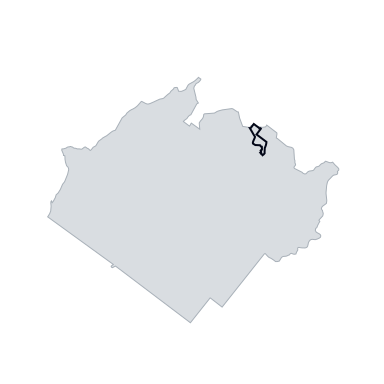 Al Dibab, South Kordufan, Sudan shown in context, rotated 217°
{"feature_id": "16777658B84287593257313", "entity_name": "Al Dibab", "entity_type": "district", "adm_level": 2, "iso_a3": "SDN", "parent_name": "Sudan", "parent_adm1": "South Kordufan", "projection": "orthographic", "projection_center": [28.672, 10.319], "detail": "fine", "context": "in_parent", "style": "outline", "palette": "ink", "viewbox_px": 384, "rotation_deg": 217, "n_neighbors": 0, "source": "geoboundaries", "source_scale": "gbopen_adm2", "svg_char_len": 4596}
<svg xmlns="http://www.w3.org/2000/svg" viewBox="0 0 384 384"><g transform="rotate(217 192 192)"><path d="M255.9,287.4L252.9,287.5L252.6,286.8L252.6,284.8L252.9,283.3L254.0,281.0L253.7,279.7L253.8,277.9L253.0,275.9L245.8,270.0L244.4,268.4L240.5,266.9L241.2,265.2L239.4,253.0L240.2,251.6L240.4,249.5L240.3,247.6L241.2,244.5L241.3,243.1L233.7,243.1L233.7,244.5L234.0,246.0L234.0,246.6L223.6,246.8L227.8,251.5L228.0,253.6L227.8,256.2L227.9,257.9L228.2,259.0L229.3,261.1L229.2,261.5L229.0,262.0L221.6,268.5L220.4,271.5L219.4,273.0L217.3,275.7L210.5,282.5L209.4,283.0L204.2,283.3L203.6,283.5L203.2,283.8L203.0,283.7L198.5,279.7L191.0,274.9L186.1,277.5L184.7,278.4L184.7,280.7L183.9,281.9L182.6,283.2L178.9,284.0L177.0,284.7L174.7,286.0L172.5,288.2L172.4,289.3L172.6,290.4L159.9,290.3L159.1,289.5L157.2,285.9L155.9,286.1L144.4,285.6L142.7,286.0L139.4,287.5L137.8,287.7L136.1,287.0L130.0,279.9L128.7,279.0L127.4,277.3L126.1,276.5L125.6,276.0L125.5,275.2L125.6,273.7L125.1,272.7L124.2,272.5L116.0,274.0L114.9,273.8L113.2,274.1L112.6,274.4L111.9,275.3L111.7,277.3L111.5,278.2L110.9,279.3L108.5,281.7L108.0,282.7L108.1,285.4L107.9,286.7L107.5,287.3L106.5,288.4L106.2,288.9L105.7,292.3L104.4,294.4L104.1,295.1L104.0,296.6L103.8,297.0L100.1,298.1L98.7,298.9L97.9,300.0L97.6,300.5L96.1,300.1L94.1,299.7L90.2,299.3L88.7,298.8L88.0,297.9L88.2,295.9L87.8,295.4L87.2,295.1L86.8,294.2L86.9,293.1L89.0,290.7L89.4,289.5L90.1,283.5L89.9,281.7L88.4,278.3L84.8,272.5L83.9,271.3L79.4,266.5L78.9,265.8L77.8,263.8L79.1,259.4L79.2,258.2L78.9,256.9L77.8,256.0L76.7,255.8L75.4,254.6L74.5,254.1L73.8,253.0L73.2,251.6L73.7,246.4L73.5,245.7L72.3,245.5L72.1,245.1L72.1,244.1L71.6,241.2L70.9,238.7L71.3,237.4L70.4,235.5L68.6,234.7L64.9,235.2L63.8,235.1L63.0,234.7L62.5,234.0L62.2,233.2L62.5,232.0L63.6,229.9L64.9,228.1L67.6,226.5L68.3,225.6L68.7,224.7L68.8,223.6L68.7,222.4L68.4,221.3L67.7,219.9L67.0,218.2L67.0,217.0L67.4,216.2L68.1,215.3L70.8,213.4L73.5,211.9L73.9,211.3L73.8,210.7L72.6,209.3L72.3,206.8L71.7,205.0L73.0,203.7L74.0,203.3L75.6,202.9L76.2,202.3L76.4,201.3L76.4,200.3L77.0,199.5L77.8,197.9L78.4,197.2L80.5,195.3L81.0,194.1L81.1,193.0L80.7,189.4L81.9,187.9L83.4,186.7L85.5,186.8L88.9,186.6L91.1,186.1L92.7,186.2L96.4,186.9L96.8,186.6L97.0,185.7L98.7,118.2L113.6,118.4L113.8,118.3L114.6,86.6L207.8,86.8L208.6,86.7L210.0,83.7L210.6,83.5L211.6,83.7L211.9,84.3L211.2,86.8L292.3,85.3L292.6,88.9L293.4,91.8L296.0,95.9L298.0,98.1L298.8,99.3L298.9,99.8L298.8,100.4L298.2,99.8L297.2,99.4L297.2,101.3L297.8,105.3L298.8,108.0L298.3,110.6L298.7,115.0L300.0,120.2L299.9,123.5L302.0,131.3L303.9,135.6L304.9,136.6L305.9,137.2L307.9,137.5L310.9,139.6L313.3,141.9L314.2,143.1L315.4,144.4L316.2,144.1L316.6,143.8L317.4,144.8L321.2,147.0L321.8,148.1L320.5,149.2L319.1,151.1L318.5,152.8L318.1,153.4L316.9,154.5L316.7,155.0L316.2,155.4L315.7,155.4L314.4,156.0L313.3,155.9L312.2,156.2L311.8,156.6L310.9,157.0L309.7,157.3L307.8,158.7L306.2,159.5L305.7,160.1L304.9,163.0L304.3,163.8L301.8,163.9L300.6,164.2L299.0,163.9L298.2,164.0L298.0,164.6L297.8,167.1L297.9,168.1L296.6,171.0L297.2,176.3L296.0,180.2L295.9,181.2L294.6,184.3L294.0,185.5L292.5,191.4L291.8,193.2L290.4,195.2L292.4,209.2L291.3,213.6L291.5,215.9L290.7,219.4L290.0,221.1L289.0,223.0L288.1,225.2L287.4,228.1L287.0,233.6L286.7,234.1L282.2,234.8L280.8,235.3L279.9,235.9L278.8,237.3L276.6,241.2L275.4,243.5L273.6,246.8L271.5,249.1L271.0,250.2L270.7,252.3L270.0,255.5L269.3,257.9L269.5,259.7L268.8,263.0L269.0,264.5L268.2,265.4L267.2,266.3L266.5,266.5L263.3,264.4L261.1,265.9L259.8,268.0L258.7,270.2L259.4,274.6L259.4,275.6L259.1,276.7L257.1,281.1L256.5,283.1L255.9,286.6L255.9,287.4Z" fill="#d9dde1" stroke="#a8b0b8" stroke-width="1"/><path d="M160.4,271.0L160.6,272.0L160.9,273.0L161.2,273.9L161.8,275.3L162.7,276.8L164.9,276.8L167.4,276.8L168.7,276.8L174.3,276.8L175.1,276.8L175.1,277.0L175.1,284.0L175.1,284.6L175.1,284.8L175.2,284.6L175.4,284.4L175.7,284.2L175.8,284.0L175.8,283.9L176.0,283.8L176.2,283.7L176.3,283.6L176.5,283.5L176.6,283.4L176.7,283.5L176.8,283.5L178.7,283.5L183.6,283.5L183.6,279.4L183.6,279.2L183.6,278.2L184.2,277.8L180.3,276.2L176.8,274.7L175.6,274.3L174.9,274.0L174.5,273.0L173.7,269.6L173.2,268.2L172.5,267.4L171.8,267.4L169.7,267.6L169.3,267.9L168.1,268.7L165.8,270.3L165.5,270.3L165.0,270.0L164.5,269.8L163.9,270.0L163.5,270.2L161.8,268.2L161.7,267.7L161.9,267.2L162.1,266.8L162.1,266.7L161.6,266.8L161.2,265.4L161.2,264.6L160.8,264.7L160.7,264.6L160.3,264.4L160.3,264.5L160.2,264.8L160.1,264.7L159.5,264.4L158.8,264.2L158.1,263.9L157.8,263.8L157.4,265.2L157.3,266.6L158.3,267.9L160.4,271.0Z" fill="none" stroke="#020617" stroke-width="2"/></g></svg>